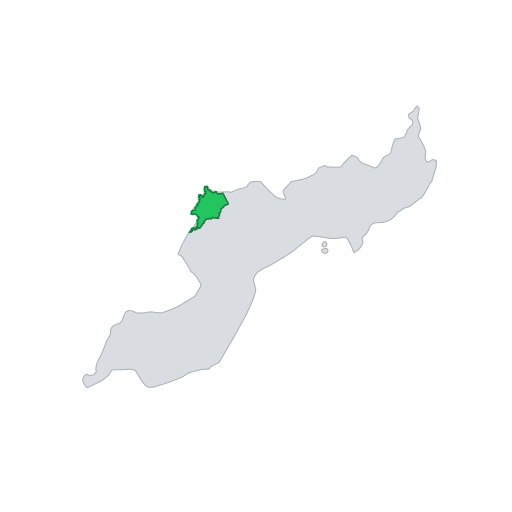 Mchinji, Mchinji, Malawi (highlighted), rotated 66°
{"feature_id": "42251766B46471952803478", "entity_name": "Mchinji", "entity_type": "district", "adm_level": 2, "iso_a3": "MWI", "parent_name": "Malawi", "parent_adm1": "Mchinji", "projection": "albers", "projection_center": [33.098, -13.779], "detail": "fine", "context": "in_parent", "style": "filled", "palette": "green", "viewbox_px": 512, "rotation_deg": 66, "n_neighbors": 0, "source": "geoboundaries", "source_scale": "gbopen_adm2", "svg_char_len": 8239}
<svg xmlns="http://www.w3.org/2000/svg" viewBox="0 0 512 512"><g transform="rotate(66 256 256)"><path d="M199.7,296.2L196.9,292.3L194.5,293.3L191.3,296.1L189.6,296.8L188.7,296.7L188.1,296.0L187.4,294.3L184.9,289.3L182.1,285.7L179.2,284.3L176.8,282.6L177.8,281.0L178.9,279.9L178.5,278.7L177.1,277.0L171.9,274.5L171.8,273.4L176.4,271.2L179.3,268.7L181.3,266.2L183.8,260.8L185.9,255.4L187.4,253.6L187.9,250.1L187.6,246.0L188.6,240.9L189.1,236.1L187.5,234.2L186.2,230.9L187.8,225.4L190.2,221.5L201.9,217.5L210.1,213.9L211.8,212.3L214.6,209.3L216.1,206.3L215.0,205.4L208.6,205.3L207.0,204.1L202.4,193.5L205.0,181.4L205.2,176.7L205.1,170.8L204.3,166.5L202.3,164.7L201.0,162.3L201.4,156.0L203.3,155.3L207.4,146.9L209.2,142.0L207.0,138.1L204.6,132.4L203.5,128.9L202.9,127.7L204.6,125.5L207.4,123.4L210.5,122.8L213.7,121.8L224.1,111.4L224.2,109.4L222.4,105.9L218.5,100.6L217.6,98.5L217.2,92.2L215.7,90.3L210.0,86.0L205.6,81.6L207.0,77.0L207.7,72.1L205.6,69.4L202.4,66.5L200.4,62.4L199.5,59.4L196.9,58.1L194.6,58.1L192.9,60.0L191.0,59.8L188.8,59.2L188.0,56.5L187.9,53.6L186.4,51.7L184.9,49.0L184.7,47.6L185.6,47.2L187.6,46.9L196.0,52.3L201.0,52.6L206.7,53.6L211.5,58.4L214.0,59.0L217.2,58.4L226.3,57.9L229.9,58.6L234.6,61.4L236.5,61.8L239.4,61.9L239.9,61.2L240.3,59.5L239.7,56.2L240.4,54.3L242.2,52.4L247.2,54.7L259.5,65.2L259.9,66.5L267.7,77.0L270.3,81.4L270.3,83.7L272.7,92.8L273.2,97.0L272.6,100.2L272.7,102.8L273.6,106.5L273.3,108.1L276.1,113.5L277.4,118.1L277.6,122.5L276.8,126.9L274.3,133.2L273.9,135.7L274.4,138.1L276.0,140.6L278.6,143.3L280.6,146.6L282.0,150.5L283.1,152.2L284.5,152.2L287.2,152.8L289.3,155.1L291.7,158.9L292.5,163.2L292.9,165.1L285.8,164.9L277.0,165.5L274.8,167.2L274.1,171.0L271.3,178.7L269.7,181.6L266.4,186.8L261.8,194.1L260.8,196.5L261.0,199.0L263.6,209.0L266.4,219.6L267.3,223.7L269.2,237.7L270.3,247.6L270.4,253.4L271.3,261.2L273.8,265.4L276.4,268.1L286.3,269.7L289.3,271.7L294.9,276.7L307.0,290.5L313.6,299.3L319.5,307.0L329.9,321.4L338.0,332.6L338.9,343.0L340.2,344.6L337.4,352.3L335.4,364.7L336.6,373.0L335.9,387.1L334.3,402.1L332.3,407.5L329.9,409.5L324.2,411.1L311.7,412.8L309.8,414.5L308.1,417.4L305.6,424.3L302.5,431.3L301.5,434.3L302.1,435.0L304.8,438.6L307.3,447.7L307.7,463.3L306.7,464.5L303.0,465.1L299.1,464.9L297.5,464.0L296.0,462.2L295.0,458.9L297.6,456.6L298.5,452.5L296.9,449.0L293.6,448.2L289.3,445.0L280.4,434.5L272.8,427.1L268.5,421.0L264.0,418.6L262.7,417.1L261.6,414.5L261.6,410.8L262.1,408.1L260.7,405.0L256.1,400.3L254.1,397.6L254.0,394.5L255.9,391.5L259.8,387.8L262.8,380.4L263.9,375.5L269.5,365.8L270.3,357.4L270.4,350.7L270.1,345.6L268.8,335.2L267.8,328.1L261.1,318.7L258.9,317.8L252.4,318.6L246.8,319.9L244.0,321.8L239.9,321.9L228.9,323.5L225.5,324.2L223.5,325.9L222.4,326.3L215.6,319.0L209.5,311.2L201.9,297.9L199.7,296.2ZM279.9,193.7L278.1,194.1L276.9,193.2L277.2,190.3L277.9,188.2L279.7,187.9L281.0,188.5L281.9,189.4L281.9,191.0L281.4,192.5L279.9,193.7ZM275.9,188.5L274.8,191.3L272.6,191.3L270.6,188.7L271.2,186.7L273.2,186.1L275.0,186.9L275.9,188.5Z" fill="#d9dde1" stroke="#a8b0b8" stroke-width="1"/><path d="M185.1,260.8L185.2,261.1L185.1,261.3L185.0,262.0L184.9,262.2L185.1,262.4L185.1,262.6L185.1,262.8L184.8,263.2L184.8,263.8L184.7,263.9L184.6,264.0L184.2,264.1L184.0,264.3L183.9,265.1L183.9,265.3L183.1,265.9L182.7,266.3L182.3,266.6L182.1,266.6L181.4,266.3L181.1,266.2L180.9,266.6L180.7,266.8L181.0,267.6L180.9,268.1L180.7,268.3L180.9,268.6L181.0,268.8L181.1,269.1L181.0,269.3L180.9,269.2L180.3,269.9L179.9,270.1L179.6,270.5L179.3,270.5L179.2,270.5L178.9,270.6L178.4,271.1L177.7,271.2L177.7,271.5L177.4,271.4L176.9,271.4L176.7,271.5L176.6,272.0L176.5,272.3L176.2,272.4L176.0,272.6L175.7,272.9L174.8,272.7L174.6,272.7L174.0,272.3L173.4,272.1L173.1,272.0L172.9,272.2L172.7,272.3L173.0,272.5L172.8,272.8L172.4,272.8L172.4,273.0L172.7,273.5L172.6,273.8L172.3,274.0L172.2,274.4L171.9,274.5L172.0,274.7L171.9,274.9L172.0,275.0L172.5,275.0L172.9,275.3L173.3,275.8L173.9,275.8L174.0,275.9L174.0,276.0L174.3,276.1L174.5,276.3L174.8,276.2L175.1,276.3L175.3,276.5L175.5,276.4L175.9,276.4L176.1,276.6L176.3,276.1L176.4,275.9L176.6,275.9L177.6,276.3L178.3,276.6L178.4,276.8L178.5,276.9L178.7,277.0L178.6,277.3L178.4,277.6L178.3,277.8L178.3,278.0L178.9,278.2L179.3,278.4L179.5,278.5L179.9,278.9L180.1,279.1L180.2,279.3L180.5,279.5L180.6,279.8L181.0,280.4L180.9,280.5L180.6,280.8L180.2,280.6L179.8,280.6L179.5,280.6L179.3,280.6L178.7,281.1L178.5,281.5L178.4,281.9L178.3,282.0L178.2,282.0L178.0,281.9L177.8,281.9L177.7,281.7L177.5,281.9L177.6,282.0L177.6,282.4L177.6,282.6L177.4,282.7L177.4,283.0L177.2,283.1L177.1,283.4L177.1,283.6L177.4,283.5L177.7,283.6L178.2,283.6L178.3,283.8L178.4,284.1L178.6,284.2L178.7,284.5L178.8,284.6L179.1,284.7L179.2,284.3L179.3,283.8L179.3,283.7L179.4,283.8L179.5,284.0L180.1,283.7L180.2,283.8L181.0,284.1L181.1,284.4L181.2,284.6L181.3,284.6L181.6,284.4L181.8,284.4L181.9,284.6L181.9,284.8L181.8,285.0L182.1,284.9L182.4,284.9L182.6,285.0L182.7,285.4L182.8,285.4L183.0,285.3L183.3,285.4L183.5,285.7L183.8,285.9L183.9,286.0L183.9,286.4L183.9,286.6L183.8,286.8L183.9,287.3L184.2,287.6L184.3,287.7L184.4,288.1L184.6,288.1L184.7,288.3L185.0,288.4L185.1,288.5L185.1,288.8L185.2,288.7L185.5,288.5L185.5,288.8L185.7,289.0L186.0,289.0L186.1,289.6L187.2,292.2L187.3,292.2L187.9,292.1L188.0,292.1L188.3,292.3L188.6,292.4L188.9,292.6L189.2,292.9L189.3,293.2L189.2,293.7L189.1,294.0L188.8,294.5L188.9,295.1L188.9,295.4L188.7,295.7L188.8,296.0L189.1,296.5L189.2,296.9L189.5,296.8L189.9,297.0L190.3,297.3L190.4,297.6L190.7,297.8L190.8,297.9L190.7,298.1L190.8,298.3L191.1,298.4L191.4,298.1L191.4,297.8L191.6,297.6L192.5,296.7L192.4,295.7L192.4,295.3L192.7,294.8L193.1,294.3L193.5,294.0L193.8,293.8L194.3,293.6L194.5,293.4L194.7,293.2L195.7,293.5L196.1,293.4L196.3,293.0L196.5,292.6L196.7,292.4L196.8,292.3L197.2,292.4L197.5,292.9L197.8,292.9L198.0,293.1L198.4,293.0L198.9,293.5L199.1,293.8L199.1,294.4L199.6,295.3L199.8,295.6L200.0,295.6L200.6,295.5L200.8,295.5L201.7,295.4L202.1,295.8L202.4,295.9L202.5,295.9L202.6,296.6L202.8,296.8L203.2,296.9L203.5,296.8L203.8,296.8L204.0,296.8L204.3,297.2L204.7,297.3L204.8,297.4L204.9,297.8L205.0,298.1L205.0,298.5L205.1,298.9L205.7,299.7L205.9,300.1L205.7,300.4L205.2,301.0L205.1,301.4L205.4,301.9L205.4,302.1L204.9,302.4L204.9,302.6L204.7,302.9L204.7,303.1L204.7,303.4L204.8,303.5L205.2,303.8L205.3,303.9L205.3,304.2L205.3,304.3L205.5,304.4L206.3,305.2L206.6,305.4L206.6,305.6L206.6,306.0L206.8,306.3L206.8,306.7L207.1,307.2L207.3,307.1L207.2,306.8L207.2,306.6L207.4,306.5L207.5,306.2L207.7,305.7L207.7,305.2L207.6,304.7L207.0,303.6L206.7,303.3L206.6,302.8L206.5,302.5L206.9,301.9L207.2,301.2L207.4,300.9L207.4,300.6L207.3,300.4L207.6,300.1L207.5,299.6L207.5,299.3L207.5,299.2L207.2,298.9L206.9,298.1L206.5,297.6L206.4,297.4L206.6,297.0L206.6,296.9L207.4,296.9L207.6,296.7L207.7,296.4L207.6,295.9L207.6,295.6L207.3,295.2L207.1,294.9L206.8,294.0L206.6,293.9L205.9,292.9L205.6,292.6L205.5,292.4L205.6,292.2L205.3,291.9L205.0,291.6L205.0,291.2L204.9,291.0L204.9,290.6L204.8,290.4L204.6,289.7L204.4,289.7L204.1,289.7L203.9,289.7L203.7,289.4L203.3,289.0L203.0,288.8L202.9,288.5L202.8,288.2L202.9,287.9L202.8,287.5L202.5,287.2L202.2,286.9L202.0,286.6L202.0,286.1L202.0,285.9L202.6,285.3L202.9,284.9L202.9,284.6L202.9,284.3L202.6,284.2L202.7,283.2L203.0,282.8L203.4,282.7L203.6,282.5L203.8,282.2L203.9,281.8L203.8,281.3L203.6,280.9L203.1,280.4L203.2,280.1L203.3,279.8L203.9,279.5L203.9,279.3L203.9,279.1L204.0,279.0L204.1,278.9L204.3,278.6L204.5,278.0L204.8,277.8L204.8,277.7L204.8,276.9L205.2,276.6L205.5,276.6L205.6,276.2L205.6,275.9L205.8,275.8L205.9,275.7L205.8,275.4L206.0,275.3L206.2,274.9L205.6,275.0L205.0,274.4L204.7,273.9L204.5,273.1L204.4,272.9L204.2,272.8L203.9,272.7L203.1,272.8L202.8,272.7L202.5,272.6L202.3,272.4L202.4,272.0L202.4,271.8L202.3,271.5L202.0,271.3L201.7,270.9L201.0,270.2L200.6,269.9L199.8,269.3L199.2,269.1L198.4,268.4L198.5,268.0L198.5,267.4L198.4,266.7L198.3,266.4L198.0,266.1L198.0,265.7L197.8,265.4L197.7,265.3L197.3,264.2L197.1,264.0L196.9,263.3L196.9,263.1L197.1,263.1L197.3,262.9L197.3,262.5L197.3,262.2L197.1,261.3L197.4,260.9L197.5,260.7L197.4,260.5L197.0,260.2L196.8,260.1L196.4,260.0L192.4,260.3L192.0,260.3L191.6,260.3L186.8,260.6L185.1,260.8Z" fill="#22c55e" stroke="#15803d" stroke-width="1.5"/></g></svg>